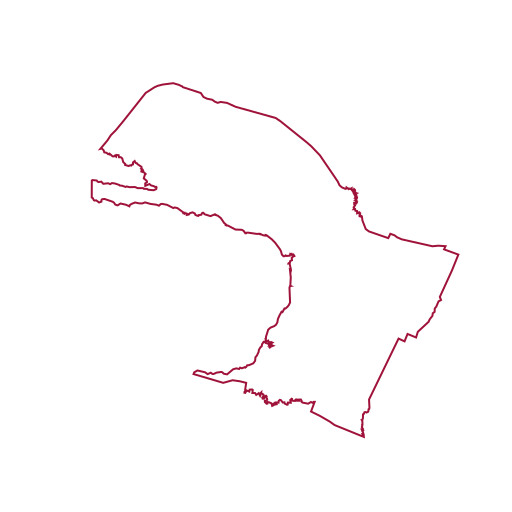 outline of Agusan del Norte, Agusan del Norte, Philippines, rotated 295°
{"feature_id": "2640588B29392713909073", "entity_name": "Agusan del Norte", "entity_type": "district", "adm_level": 2, "iso_a3": "PHL", "parent_name": "Philippines", "parent_adm1": "Agusan del Norte", "projection": "orthographic", "projection_center": [125.42, 9.081], "detail": "fine", "context": "isolated", "style": "outline", "palette": "rose", "viewbox_px": 512, "rotation_deg": 295, "n_neighbors": 0, "source": "geoboundaries", "source_scale": "gbopen_adm2", "svg_char_len": 6116}
<svg xmlns="http://www.w3.org/2000/svg" viewBox="0 0 512 512"><g transform="rotate(295 256 256)"><path d="M380.4,137.1L378.1,118.3L378.5,117.5L378.5,113.6L377.6,107.9L371.9,98.9L368.6,94.9L365.9,92.6L357.2,87.1L322.4,78.8L310.8,75.8L304.2,73.4L297.9,72.5L287.4,69.7L288.3,70.8L287.4,73.3L285.8,74.7L286.4,76.9L285.8,78.9L286.7,79.7L286.2,80.3L286.7,80.6L285.7,83.9L286.2,85.1L287.1,85.4L286.9,87.2L288.5,86.6L289.3,88.9L287.6,90.1L288.4,91.7L287.9,93.5L285.0,96.0L284.1,98.7L283.2,98.9L283.7,102.5L285.0,103.6L285.2,104.7L286.1,104.8L287.0,105.8L288.9,105.0L290.8,105.9L289.5,107.5L289.7,108.9L289.2,109.6L288.4,114.5L287.2,115.2L286.6,115.0L286.5,116.6L285.8,117.4L285.1,116.2L284.1,116.4L284.4,119.4L283.7,121.3L282.7,120.9L278.9,121.5L278.0,125.0L277.3,125.8L276.8,126.0L275.0,124.9L272.8,126.0L276.2,129.0L275.6,131.1L276.1,133.7L275.9,135.1L276.5,136.3L276.3,136.8L274.5,137.3L272.4,135.5L270.5,130.4L270.8,129.0L269.5,126.1L269.8,125.0L267.5,120.1L267.4,117.3L264.9,112.2L264.4,109.5L263.5,108.7L263.1,104.9L262.3,102.7L262.6,101.9L262.1,97.5L261.2,94.6L259.5,93.5L259.4,91.2L256.9,87.1L258.0,84.4L256.5,82.1L256.5,80.9L257.1,79.7L255.7,75.7L255.0,75.3L239.6,82.4L239.5,83.6L238.0,85.5L238.0,86.3L238.9,87.6L238.2,91.2L239.9,92.9L241.3,92.3L242.5,92.6L243.7,94.7L244.6,103.2L244.3,104.8L243.1,106.8L243.4,109.2L246.3,111.0L247.5,116.5L247.5,120.2L248.5,120.0L250.3,120.9L253.4,123.8L254.3,127.8L255.5,130.6L257.7,132.8L258.6,138.3L260.4,144.0L260.6,146.8L262.8,147.7L263.6,148.9L264.8,153.9L264.5,160.8L265.6,161.7L266.2,164.5L264.8,171.6L264.2,171.9L264.8,172.7L264.1,172.9L264.0,173.5L265.1,174.4L265.2,176.0L264.1,176.1L265.2,177.6L266.9,178.0L268.7,180.0L268.7,182.5L267.6,183.8L267.7,185.9L268.0,186.8L268.8,186.7L270.3,189.0L272.1,189.0L272.8,189.6L272.9,190.1L272.1,191.7L272.9,197.9L276.5,201.2L276.4,202.0L276.0,201.8L276.4,204.2L275.5,208.1L272.5,213.1L271.7,216.0L271.2,215.7L271.1,216.1L271.7,217.8L271.3,226.2L273.7,231.9L273.6,234.1L272.1,236.7L272.7,238.1L272.7,236.9L273.8,238.9L276.4,247.5L277.3,249.1L277.4,250.4L277.8,250.4L277.8,253.7L278.4,255.9L278.7,256.6L279.2,256.2L279.3,256.7L277.8,263.3L276.1,267.8L272.2,274.9L270.9,276.6L268.2,278.9L267.4,281.1L268.1,282.2L269.0,282.5L269.0,283.8L270.6,286.5L272.4,286.2L272.3,287.0L272.9,287.4L272.2,288.1L273.2,289.2L272.2,290.8L270.6,289.5L269.3,289.2L267.4,290.4L265.8,289.1L264.1,289.6L263.3,288.6L262.9,288.6L263.4,289.6L258.0,293.7L257.1,293.9L257.5,292.8L251.4,296.5L243.5,299.7L243.5,300.1L243.1,299.5L241.5,299.7L228.3,306.5L225.4,306.5L223.3,306.0L220.8,304.9L220.5,304.0L216.3,303.7L216.3,302.7L211.8,302.4L208.1,302.5L204.9,303.4L202.2,303.2L200.2,302.2L197.2,299.4L194.4,298.2L186.9,299.2L185.1,300.0L184.9,299.7L183.2,300.9L183.7,302.6L184.4,302.8L183.4,304.4L183.4,305.8L183.7,305.4L184.4,306.0L184.4,307.4L183.6,306.8L182.2,307.4L182.2,306.7L181.2,306.4L181.8,307.1L181.9,309.4L180.1,307.7L178.8,307.2L178.9,306.8L180.2,306.5L180.8,305.3L181.8,305.3L181.3,301.4L181.9,299.8L181.5,299.2L178.6,298.8L176.5,299.3L175.2,298.6L172.1,298.3L170.2,298.9L166.2,298.9L164.0,298.3L160.6,299.5L157.6,298.9L154.1,295.8L153.2,294.2L151.3,294.0L150.3,293.4L150.5,292.8L148.3,290.7L148.1,288.8L146.5,288.5L145.8,285.6L143.6,283.1L136.5,279.8L135.7,276.7L136.4,274.4L136.2,273.4L133.5,269.4L131.1,267.4L130.7,266.3L131.1,264.3L128.5,262.1L129.1,259.0L127.5,251.3L124.5,249.2L122.6,249.3L127.2,279.9L133.5,287.3L135.6,294.2L136.9,300.7L130.2,302.7L129.3,303.4L128.1,303.0L127.2,303.3L127.4,304.1L130.2,304.4L130.3,307.2L132.2,306.7L133.4,308.9L133.2,309.7L130.3,310.6L131.4,313.1L130.2,314.9L132.8,316.4L131.0,318.8L132.5,318.8L133.3,318.0L134.5,318.4L133.4,318.8L133.8,319.8L133.6,321.3L132.0,321.9L130.4,321.5L129.5,322.3L130.1,323.5L132.8,323.2L133.6,324.2L133.2,325.0L131.9,325.0L131.6,326.1L130.5,326.9L129.7,326.8L128.5,325.2L127.4,325.8L126.6,328.1L127.1,328.7L128.4,328.0L128.9,329.4L129.0,332.3L127.0,334.0L128.1,334.9L129.2,334.2L131.1,335.2L131.1,336.4L129.7,336.4L130.4,337.4L131.9,336.4L132.6,338.4L134.2,337.8L135.7,338.4L135.9,339.4L134.5,342.2L135.4,343.6L134.4,344.4L134.3,347.0L134.7,347.5L136.6,346.8L137.7,349.5L139.9,347.9L141.7,348.6L141.7,349.1L140.2,349.8L140.6,351.3L141.3,352.8L142.4,352.5L143.0,352.9L143.2,353.9L142.1,353.8L142.1,354.2L143.0,356.2L144.0,355.5L144.9,357.3L144.0,358.6L143.2,358.7L142.8,360.0L144.2,365.7L146.9,367.5L146.9,369.4L148.2,369.9L148.6,370.8L138.3,371.6L138.1,381.4L137.1,392.8L136.0,398.7L137.6,430.2L139.5,429.1L139.1,428.2L139.7,427.6L140.1,428.6L141.9,427.1L142.3,426.2L143.2,426.7L143.7,425.1L144.5,425.9L145.7,424.2L147.1,424.1L147.7,423.5L148.3,423.7L151.1,422.3L152.0,421.2L152.3,421.7L154.3,421.4L157.7,419.9L158.6,420.5L160.2,420.3L160.9,421.3L160.9,422.4L162.3,423.5L164.8,422.8L165.2,423.2L166.3,423.0L173.7,419.1L241.4,420.1L241.4,426.7L249.4,426.3L249.8,435.5L255.7,434.7L269.2,440.2L272.1,440.2L276.4,441.2L278.8,440.4L280.8,441.5L284.0,440.2L286.3,440.8L292.0,440.6L294.3,442.3L296.6,439.9L325.8,439.7L342.8,438.8L341.5,423.6L345.0,423.6L342.4,416.9L339.4,411.8L332.7,381.1L332.6,375.9L333.3,372.7L332.9,368.4L328.1,368.3L326.0,348.0L326.8,344.1L333.1,337.5L336.7,335.2L336.9,333.7L335.8,333.6L336.0,332.8L338.5,332.4L338.2,331.3L338.9,331.9L339.2,331.6L339.3,331.0L337.5,329.6L339.5,328.5L339.0,327.0L340.4,325.9L339.7,324.7L340.9,324.9L341.5,323.9L343.7,324.4L344.2,323.3L345.5,322.6L345.8,324.6L346.8,324.8L346.8,323.8L347.7,324.1L348.0,322.9L348.6,323.8L349.4,322.3L350.6,323.1L351.5,322.9L350.7,321.2L351.8,321.3L352.3,322.2L352.9,321.6L352.1,320.8L353.9,320.2L353.4,321.3L354.3,320.7L354.5,319.7L355.4,320.5L355.2,319.0L353.4,319.1L354.7,317.4L355.2,317.3L354.8,318.0L355.3,318.4L355.7,317.1L356.3,318.0L356.9,316.9L357.4,318.0L357.8,317.7L358.1,316.6L357.3,316.7L357.0,315.9L355.9,315.8L356.2,315.1L356.9,314.9L356.8,314.1L357.7,313.9L356.5,313.0L356.5,311.8L355.8,311.6L356.4,309.0L355.2,309.3L354.6,308.6L354.5,304.8L355.4,301.8L358.0,298.7L374.3,271.3L378.8,259.7L380.7,253.0L388.5,221.0L389.4,215.5L382.6,174.5L382.5,165.0L380.7,158.9L378.6,156.5L378.5,153.5L379.1,150.2L377.9,145.3L377.9,141.2L380.4,137.1Z" fill="none" stroke="#9f1239" stroke-width="2"/></g></svg>